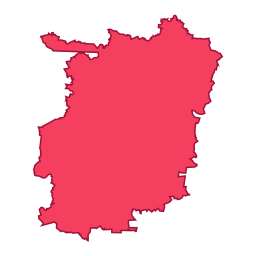 Castillo de Teayo, Veracruz, Mexico
{"feature_id": "50627088B5982554369070", "entity_name": "Castillo de Teayo", "entity_type": "district", "adm_level": 2, "iso_a3": "MEX", "parent_name": "Mexico", "parent_adm1": "Veracruz", "projection": "orthographic", "projection_center": [-97.687, 20.732], "detail": "fine", "context": "isolated", "style": "filled", "palette": "rose", "viewbox_px": 256, "rotation_deg": 0, "n_neighbors": 0, "source": "geoboundaries", "source_scale": "gbopen_adm2", "svg_char_len": 5642}
<svg xmlns="http://www.w3.org/2000/svg" viewBox="0 0 256 256"><path d="M88.1,240.6L88.2,234.3L90.0,232.3L90.7,227.9L96.0,228.1L96.3,228.5L100.2,226.0L102.5,229.3L103.8,228.8L103.4,229.4L104.1,229.3L104.2,229.7L104.9,229.3L105.1,229.7L111.9,229.3L111.8,232.5L121.1,232.7L121.1,230.4L128.2,230.5L128.0,229.5L129.1,229.6L129.2,230.6L135.3,230.4L135.4,231.4L136.1,231.4L136.9,227.7L129.0,227.6L128.3,222.1L128.7,220.3L135.5,220.0L131.8,215.6L131.6,211.9L131.9,211.4L132.6,211.4L133.0,209.0L135.6,209.7L136.0,210.8L138.0,210.3L138.1,209.7L139.4,210.2L140.2,213.3L141.2,213.5L140.9,210.8L145.3,209.7L146.2,209.8L146.8,211.3L148.7,209.4L151.8,212.0L153.9,209.7L155.4,210.9L156.4,209.4L156.9,209.7L157.7,208.3L159.5,209.6L159.2,210.4L159.7,210.9L163.4,211.4L164.7,206.5L163.6,204.5L169.3,202.2L171.5,200.1L171.7,199.7L169.7,196.6L173.8,196.5L174.2,198.6L177.1,198.4L177.3,199.4L179.4,199.3L182.2,197.5L183.2,195.4L185.9,195.7L188.8,194.7L190.1,195.2L187.6,193.4L186.2,190.7L185.4,190.5L186.1,186.6L183.7,186.8L185.2,176.0L178.2,176.7L179.1,171.7L181.4,172.8L185.7,173.1L186.5,167.4L194.0,167.0L195.5,166.7L196.9,165.6L197.0,164.7L193.5,162.6L192.5,160.6L190.1,159.0L192.7,157.7L193.6,156.5L195.9,157.6L196.5,157.0L196.6,155.8L196.1,154.8L194.9,152.8L193.8,152.2L194.4,148.5L194.0,145.7L194.7,143.1L197.7,141.3L195.9,138.9L196.2,137.4L194.9,136.9L195.4,135.9L194.7,131.5L195.2,130.5L194.8,129.9L195.8,123.0L197.4,123.4L198.4,122.5L199.8,118.1L194.6,117.2L192.5,114.1L191.9,110.5L193.9,110.6L197.2,113.2L200.1,114.3L203.6,113.9L204.8,113.1L203.5,109.8L203.5,108.2L204.6,106.7L205.5,104.2L208.4,103.2L210.8,101.1L209.1,97.3L208.6,92.5L209.4,92.3L210.5,90.2L211.8,89.8L211.3,87.9L211.9,85.7L214.3,83.2L212.9,81.0L210.9,81.3L212.6,75.7L212.2,75.5L214.3,72.0L214.7,69.9L215.3,69.2L216.3,69.7L217.4,64.6L218.3,65.1L216.5,60.7L219.1,59.6L218.8,59.3L222.3,56.6L220.1,53.3L218.9,53.6L216.9,51.8L214.9,50.8L211.0,50.2L209.3,46.1L209.4,43.9L210.3,42.7L209.8,41.4L208.6,40.3L209.1,38.4L202.7,39.1L201.0,38.5L195.9,38.6L194.3,38.0L192.2,38.6L192.9,35.0L190.2,34.8L189.2,33.5L187.3,33.7L188.1,30.8L186.2,30.6L186.9,29.0L186.6,28.7L185.9,29.3L182.4,27.0L183.8,23.7L182.6,23.1L182.7,22.6L181.8,22.1L180.8,22.4L180.4,20.3L179.1,20.2L178.9,20.8L177.1,20.6L177.0,20.1L177.7,19.8L177.4,18.9L176.7,18.9L176.4,16.5L175.1,15.4L173.8,15.9L173.0,18.4L170.9,18.7L171.0,20.8L168.3,21.4L167.3,19.5L167.6,18.9L165.5,19.8L164.9,18.8L163.6,19.0L163.6,19.8L161.3,19.2L160.9,21.7L162.4,22.0L161.8,23.9L160.2,24.9L158.6,24.6L158.5,27.6L160.7,27.7L162.2,28.5L160.9,28.9L160.2,33.4L159.1,34.5L157.9,34.2L157.9,35.2L156.1,35.1L156.2,35.8L155.8,36.1L155.7,35.8L153.8,36.4L153.2,35.7L153.0,36.5L151.1,37.5L150.5,38.5L151.0,38.7L148.6,41.0L144.2,39.4L144.9,38.5L142.7,37.7L139.1,39.3L137.8,36.4L131.1,39.3L130.6,36.2L129.9,35.9L130.0,35.4L128.7,35.1L127.6,35.6L127.5,34.9L126.3,35.5L123.0,34.2L120.5,34.2L117.8,32.8L116.7,31.1L115.0,31.0L114.8,31.4L110.2,29.2L108.0,29.6L109.0,30.8L108.7,32.4L109.5,32.2L110.0,32.9L111.2,36.2L110.2,38.2L110.4,39.1L109.5,38.7L108.7,39.6L109.7,40.9L109.4,42.2L108.7,42.5L108.3,45.1L106.3,45.2L106.1,46.2L105.4,45.9L104.3,46.7L105.0,47.1L104.4,48.3L102.8,47.8L103.5,46.2L102.4,44.7L100.4,44.3L97.3,48.3L93.8,44.0L86.0,43.8L84.9,43.7L85.0,43.1L80.4,43.0L80.4,41.8L78.4,41.4L78.4,42.0L75.1,42.0L75.1,40.3L69.4,42.7L68.1,43.9L66.6,43.6L66.2,42.6L65.4,42.5L65.7,41.3L62.1,40.2L58.2,40.0L59.2,36.8L57.1,36.4L55.1,35.1L55.2,34.7L54.0,34.6L53.5,34.1L53.2,32.6L51.9,32.8L52.1,35.2L48.6,33.3L48.4,34.8L44.0,35.5L43.0,36.2L41.2,36.1L40.8,36.9L41.4,36.9L43.4,42.5L45.4,43.6L46.4,46.0L47.3,47.0L52.3,49.3L53.0,50.8L98.1,52.4L98.6,56.3L96.9,57.6L94.3,57.7L91.7,59.5L89.7,59.3L89.6,57.9L88.0,56.6L88.0,55.3L87.5,55.7L87.2,55.1L85.3,54.7L84.4,53.3L83.7,53.1L81.8,52.8L81.1,53.5L80.8,52.8L79.6,52.6L76.0,54.9L75.8,55.6L74.9,56.1L74.9,57.4L73.7,56.7L72.3,57.7L71.3,57.7L70.9,58.2L71.3,59.7L70.3,60.4L69.9,61.6L67.4,61.3L66.3,61.7L66.6,63.1L69.3,67.4L68.1,68.3L64.2,69.1L67.3,74.1L66.7,75.1L67.2,77.1L67.8,77.5L68.2,76.4L71.5,75.9L71.2,77.1L71.9,77.8L71.6,78.1L72.8,78.3L72.1,79.4L73.3,79.5L72.2,81.0L71.9,82.4L71.4,82.6L72.5,83.4L71.6,85.1L70.4,84.3L69.5,84.8L65.8,84.3L67.0,86.2L65.6,88.5L68.7,88.8L70.6,90.9L72.3,91.1L73.6,93.4L72.6,94.7L70.5,93.9L69.7,95.3L70.2,95.6L69.0,97.3L67.6,97.3L65.9,96.6L66.4,98.1L65.9,100.0L66.5,99.4L66.9,99.9L66.5,100.6L66.9,102.2L66.7,104.6L67.3,106.1L68.6,106.4L69.6,107.7L66.1,110.3L67.2,111.7L65.6,112.7L65.3,115.0L64.5,115.1L64.5,116.6L63.7,117.3L62.1,117.9L61.3,117.6L60.2,118.4L60.1,118.0L59.5,118.2L57.4,119.4L54.9,119.4L54.2,120.1L42.5,126.4L42.4,127.4L38.4,127.1L39.5,130.1L39.3,131.2L39.7,131.3L39.6,135.1L40.8,135.3L41.3,136.3L39.8,148.4L40.6,150.2L40.8,154.8L40.3,156.7L39.0,157.4L40.0,161.3L39.5,161.1L35.8,164.3L34.8,165.8L33.7,170.1L34.8,172.7L34.2,172.9L34.7,175.0L35.4,175.6L39.0,176.0L43.3,178.0L45.6,177.6L48.8,174.3L51.1,174.2L51.2,176.3L52.1,176.5L52.3,177.2L51.7,180.1L52.1,181.2L51.0,182.9L53.2,183.5L53.2,184.2L54.8,185.3L53.9,187.1L52.7,187.7L53.1,189.3L52.0,189.8L51.2,191.5L51.2,192.2L52.5,193.4L51.9,195.1L53.3,199.7L52.2,201.2L52.5,201.9L52.0,202.9L53.5,202.7L53.8,203.7L50.9,204.4L51.2,206.9L47.8,208.9L46.7,208.5L46.3,210.1L44.8,210.1L43.6,208.3L42.3,207.4L40.8,207.7L39.3,209.6L41.1,215.0L38.6,216.0L38.8,218.2L39.2,219.1L41.3,220.8L43.2,223.1L42.8,224.5L42.0,225.4L54.5,222.0L56.7,223.8L56.5,227.9L60.9,231.6L62.0,230.9L63.0,231.1L66.8,232.8L67.6,232.5L66.7,231.7L69.5,232.7L71.1,232.1L72.7,233.1L78.1,232.6L78.7,232.8L78.5,233.4L79.1,234.2L79.6,234.0L80.0,234.8L80.6,234.5L80.5,235.5L82.7,238.4L83.6,238.4L84.3,239.3L86.4,238.3L87.0,240.2L88.1,240.6Z" fill="#f43f5e" stroke="#9f1239" stroke-width="1.5"/></svg>